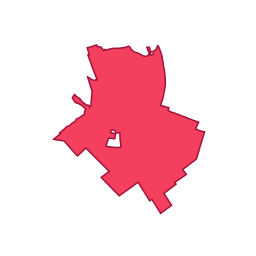 Vinga, Arad, Romania (orthographic projection), rotated 238°
{"feature_id": "2599482B39713020379937", "entity_name": "Vinga", "entity_type": "district", "adm_level": 2, "iso_a3": "ROU", "parent_name": "Romania", "parent_adm1": "Arad", "projection": "orthographic", "projection_center": [21.198, 46.036], "detail": "fine", "context": "isolated", "style": "filled", "palette": "rose", "viewbox_px": 256, "rotation_deg": 238, "n_neighbors": 0, "source": "geoboundaries", "source_scale": "gbopen_adm2", "svg_char_len": 5042}
<svg xmlns="http://www.w3.org/2000/svg" viewBox="0 0 256 256"><g transform="rotate(238 128 128)"><path d="M93.6,188.0L93.9,188.3L94.6,189.0L94.7,189.4L94.7,189.5L94.6,189.8L94.6,190.0L94.9,190.3L95.6,191.0L96.5,190.1L97.8,189.2L98.9,188.3L99.9,187.4L101.3,186.4L102.9,185.2L104.3,184.2L105.3,183.5L106.2,182.8L107.6,181.8L108.0,181.5L108.7,180.9L109.4,180.3L110.5,179.5L111.9,178.5L113.3,177.5L113.4,177.4L113.5,177.3L113.7,177.1L113.9,177.0L114.0,176.9L114.2,176.7L114.9,176.2L115.4,175.8L116.8,174.7L118.3,173.5L118.4,173.0L118.5,172.8L118.8,172.7L119.5,172.5L120.7,172.0L121.9,171.4L122.6,172.4L123.4,173.4L123.9,173.1L125.0,172.0L127.5,169.8L129.0,168.5L129.6,167.8L130.2,167.8L130.3,167.9L130.8,168.6L131.7,169.7L132.6,170.8L133.6,171.9L134.6,173.2L135.5,174.0L136.6,175.1L138.3,176.7L139.3,177.8L140.2,178.5L141.1,179.3L142.7,180.7L144.2,182.0L145.2,182.8L145.3,182.9L146.4,183.6L149.8,185.4L151.2,186.3L151.6,186.5L153.9,187.6L155.4,188.3L157.4,189.3L158.8,189.9L159.8,190.2L161.4,190.9L162.3,191.1L163.7,191.8L165.6,192.6L167.3,193.3L169.8,194.4L171.2,195.0L171.6,195.1L172.9,195.4L174.8,195.9L176.0,196.2L178.4,196.7L179.3,196.9L182.0,197.0L182.1,196.8L181.7,196.0L181.3,195.5L180.3,194.2L179.7,193.4L179.6,193.0L179.7,191.8L179.7,190.9L179.8,190.1L179.8,189.8L179.7,189.6L179.4,189.5L178.9,189.3L178.4,189.1L177.8,189.0L177.4,188.8L177.2,188.5L177.2,188.3L177.3,187.9L177.4,187.4L177.6,187.0L177.8,186.1L177.8,185.8L178.1,185.7L178.4,185.8L178.7,186.0L179.0,186.3L179.4,186.5L179.8,186.8L180.0,187.1L180.0,187.3L180.0,187.8L180.4,188.1L180.8,188.2L181.0,188.1L181.2,187.9L181.7,187.9L182.6,188.2L183.3,188.4L184.0,188.7L184.4,188.8L185.0,188.9L185.3,188.9L185.4,188.6L185.5,188.2L185.6,187.9L185.8,187.6L186.0,187.4L186.4,187.2L186.6,187.1L186.6,186.9L186.4,186.8L185.9,186.8L185.4,186.6L184.7,186.3L184.1,186.1L183.6,186.0L182.9,186.1L182.4,186.0L182.0,185.9L181.5,185.7L181.1,185.6L180.6,185.6L179.9,185.4L179.6,185.2L179.2,184.7L179.0,184.1L179.0,183.5L179.0,182.8L179.0,182.0L179.2,181.4L179.4,180.9L179.8,180.5L180.2,180.1L180.7,179.6L181.0,179.3L181.7,178.8L182.6,178.3L183.2,178.0L183.9,177.6L184.8,177.0L185.3,176.7L186.3,176.1L187.5,175.1L188.6,174.1L189.1,173.8L190.9,173.0L192.4,172.6L193.3,172.4L194.3,172.5L195.1,172.5L195.7,172.3L196.8,172.1L197.1,171.9L197.3,170.8L197.7,169.0L197.7,168.7L197.9,168.1L198.0,167.9L198.5,166.8L199.3,165.0L199.6,164.5L199.7,164.1L200.1,163.3L200.5,162.4L201.7,160.5L203.0,158.3L203.5,157.4L203.6,157.2L204.0,156.3L204.6,154.3L205.1,152.9L205.6,151.3L205.7,150.8L205.7,150.3L205.7,150.0L205.8,150.0L206.3,150.1L206.7,150.1L206.9,150.0L206.9,149.8L206.9,149.5L206.9,149.3L206.9,149.2L207.0,148.9L206.9,148.6L206.8,148.4L208.0,148.3L210.1,148.1L211.0,147.9L211.2,147.6L211.6,147.2L213.7,144.9L213.8,144.9L215.0,145.5L215.2,144.9L215.7,143.2L216.3,140.0L217.7,135.9L210.8,134.1L211.2,132.7L208.6,132.1L203.6,131.1L198.6,129.9L189.4,128.2L185.0,127.3L185.8,126.4L186.1,125.8L186.4,124.4L186.8,124.0L187.4,123.5L188.5,123.0L192.8,120.8L192.6,120.7L191.3,120.4L186.2,119.1L179.0,117.2L178.6,117.2L178.1,117.0L177.5,116.5L167.0,108.6L166.6,107.9L166.2,106.6L166.6,106.8L168.1,106.7L168.5,106.3L169.2,105.2L170.0,104.6L171.1,104.3L172.2,104.0L172.8,103.8L173.9,103.1L175.4,102.8L176.9,102.8L178.1,102.7L179.0,102.5L179.5,101.9L184.8,100.3L183.8,98.2L183.0,96.7L182.9,96.7L182.4,96.8L181.0,96.7L180.2,96.6L179.1,96.8L177.6,96.9L177.4,97.0L176.2,97.7L175.5,98.9L174.6,99.1L172.0,100.6L167.5,101.9L166.3,102.1L164.6,99.4L162.8,98.6L162.7,97.2L162.6,91.7L162.9,88.8L162.0,87.5L161.5,85.2L161.6,84.6L161.7,83.5L161.5,81.7L160.9,79.6L161.2,78.7L161.8,76.8L161.4,76.2L160.5,70.3L160.1,67.6L160.1,67.4L159.9,67.4L159.1,67.8L158.2,61.5L157.8,59.0L155.6,61.4L153.5,63.8L153.1,64.3L151.1,66.9L146.8,67.6L146.4,67.7L143.9,68.1L141.7,68.4L140.8,68.6L139.7,68.7L137.6,69.1L136.5,69.3L135.8,69.4L134.5,69.7L132.2,70.1L131.1,70.3L131.1,70.6L131.4,72.2L131.8,74.2L132.2,76.3L132.7,78.5L133.3,81.6L101.5,89.0L101.2,89.1L100.3,79.1L75.2,84.6L75.8,95.4L76.1,99.7L76.7,107.5L76.2,107.7L74.9,107.8L54.8,107.8L54.7,110.4L54.7,110.5L38.3,110.4L39.3,123.0L39.3,124.0L43.7,123.9L47.7,123.9L48.0,123.9L49.8,123.9L53.5,123.8L53.8,127.0L54.2,131.2L54.5,134.8L54.7,137.0L54.9,139.0L55.3,139.0L56.7,138.9L56.9,138.9L57.1,138.9L57.3,143.0L57.4,146.3L57.7,152.9L61.2,152.6L63.8,152.3L64.2,156.3L64.6,160.5L64.9,164.1L65.4,169.5L65.8,170.0L68.4,172.9L69.8,174.6L71.0,175.9L74.5,179.8L75.2,180.6L78.1,183.9L84.2,190.9L87.5,187.5L87.9,187.1L88.1,187.0L88.5,186.8L88.8,186.6L89.1,186.5L89.4,186.3L89.8,186.1L90.1,185.8L90.7,185.3L91.0,184.7L91.8,185.4L92.0,185.5L92.3,186.2L92.4,186.3L93.6,188.0ZM125.9,111.0L129.9,114.7L131.5,112.7L133.1,110.8L134.1,111.6L135.1,112.4L134.7,113.2L133.7,115.0L133.3,115.2L132.1,115.4L130.0,115.6L128.2,118.6L126.7,117.6L125.2,116.8L122.8,115.4L120.0,114.1L116.1,112.2L115.3,111.8L116.2,110.3L117.4,108.2L118.4,106.7L119.1,105.8L120.3,104.2L122.1,102.1L123.7,100.3L124.3,99.7L124.6,100.0L128.8,105.0L129.8,106.1L129.0,107.1L125.9,111.0Z" fill="#f43f5e" stroke="#9f1239" stroke-width="1.5"/></g></svg>